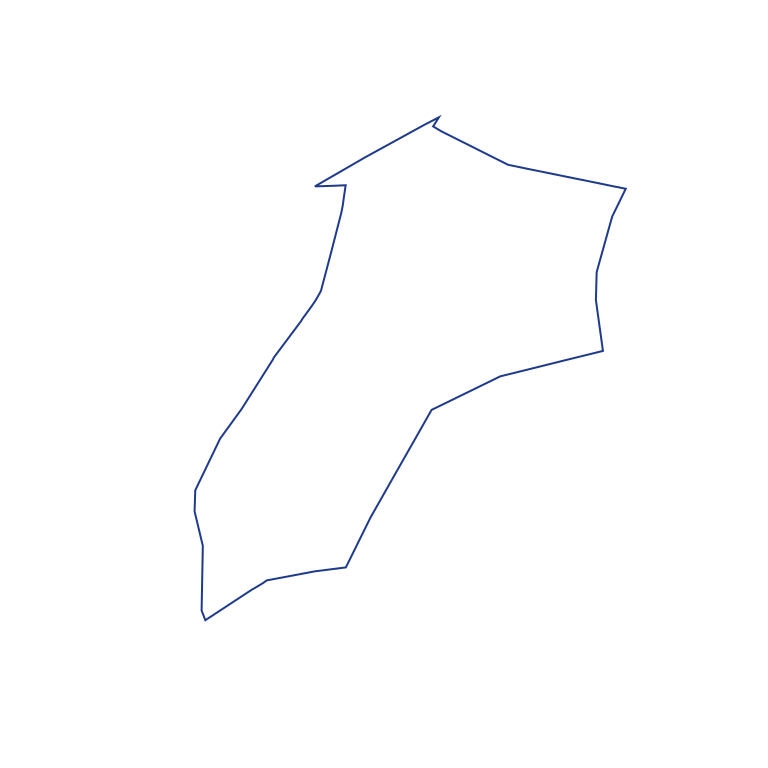 Santiago Apoala, Oaxaca, Mexico (Albers equal-area conic projection), rotated 33°
{"feature_id": "50627088B45537020444974", "entity_name": "Santiago Apoala", "entity_type": "district", "adm_level": 2, "iso_a3": "MEX", "parent_name": "Mexico", "parent_adm1": "Oaxaca", "projection": "albers", "projection_center": [-97.14, 17.639], "detail": "fine", "context": "isolated", "style": "outline", "palette": "blue", "viewbox_px": 768, "rotation_deg": 33, "n_neighbors": 0, "source": "geoboundaries", "source_scale": "gbopen_adm2", "svg_char_len": 938}
<svg xmlns="http://www.w3.org/2000/svg" viewBox="0 0 768 768"><g transform="rotate(33 384 384)"><path d="M218.4,255.9L232.8,245.9L243.6,238.2L245.0,241.3L248.8,249.6L252.2,256.8L255.0,263.8L268.0,302.5L268.1,302.8L280.4,340.2L280.7,344.4L281.1,351.3L280.9,358.8L280.1,373.4L280.2,376.3L279.4,388.3L277.2,421.7L277.3,422.8L277.5,423.7L278.2,482.6L276.3,519.0L283.6,575.9L294.5,594.0L320.2,618.4L354.4,673.3L362.8,679.4L385.6,627.5L385.8,627.3L390.5,617.8L391.0,616.8L392.2,613.6L392.4,613.1L392.6,612.6L428.0,578.8L451.9,558.6L445.4,503.3L442.4,453.7L440.2,416.3L438.0,379.8L465.2,334.5L477.3,314.3L521.4,267.1L549.6,237.0L516.0,198.2L501.4,174.3L484.2,119.4L480.4,88.6L476.4,90.2L475.9,90.4L473.7,91.2L473.3,91.4L471.8,92.0L471.4,92.2L435.2,106.4L432.3,107.6L390.9,123.9L390.5,124.0L390.2,124.2L368.6,132.6L294.1,140.9L284.9,141.2L284.8,130.4L276.6,144.8L244.7,204.2L218.4,255.9Z" fill="none" stroke="#1e3a8a" stroke-width="2"/></g></svg>